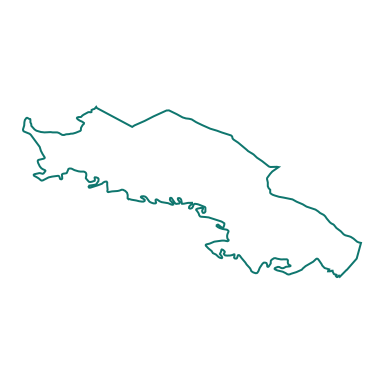 Cota, Cundinamarca, Colombia, rotated 90°
{"feature_id": "7082276B44065985457815", "entity_name": "Cota", "entity_type": "district", "adm_level": 2, "iso_a3": "COL", "parent_name": "Colombia", "parent_adm1": "Cundinamarca", "projection": "equal_earth", "projection_center": [-74.11, 4.786], "detail": "fine", "context": "isolated", "style": "outline", "palette": "teal", "viewbox_px": 384, "rotation_deg": 90, "n_neighbors": 0, "source": "geoboundaries", "source_scale": "gbopen_adm2", "svg_char_len": 6075}
<svg xmlns="http://www.w3.org/2000/svg" viewBox="0 0 384 384"><g transform="rotate(90 192 192)"><path d="M106.9,287.8L108.9,289.5L109.4,291.2L110.0,292.4L112.1,292.6L112.3,293.3L112.1,294.9L112.2,295.8L114.7,300.4L115.7,301.8L116.8,302.7L117.0,303.3L117.1,305.7L117.6,306.9L118.1,307.1L119.2,306.4L120.6,304.3L121.8,301.6L123.0,300.0L123.8,300.1L125.1,301.4L127.3,302.7L128.0,303.0L130.3,303.2L130.9,303.7L132.8,308.4L133.6,311.2L133.7,313.2L134.1,314.9L134.3,317.8L135.0,320.0L134.9,321.8L132.9,325.2L132.4,326.8L132.4,331.3L132.1,333.4L132.4,339.5L132.0,343.1L130.7,347.6L129.4,349.5L125.9,352.6L124.0,352.8L122.3,353.6L119.9,353.6L119.1,353.8L118.9,354.8L117.9,356.6L117.8,357.0L118.1,357.7L120.0,359.1L122.2,359.6L125.5,359.8L129.4,361.0L130.7,360.8L131.5,360.0L133.8,354.4L134.8,353.2L146.9,344.3L150.8,343.1L153.9,341.5L157.4,339.3L157.9,339.3L158.3,339.6L158.7,340.4L159.9,345.5L160.4,346.1L161.1,346.3L162.9,345.9L166.4,344.2L168.3,342.6L169.3,341.0L170.2,339.0L170.7,338.6L171.2,338.7L173.5,340.5L173.8,341.4L173.1,344.1L173.1,344.7L174.2,349.5L174.6,350.2L175.0,350.3L175.9,349.8L176.9,347.8L178.4,345.3L180.2,343.2L180.6,342.3L180.4,341.2L177.4,335.4L176.6,331.9L175.8,325.9L176.0,325.2L177.0,324.5L178.9,323.9L179.2,323.3L179.3,322.6L179.1,322.2L178.6,321.8L177.3,321.8L174.7,322.1L174.1,321.7L173.7,320.8L173.3,317.9L172.9,317.2L168.9,315.5L168.5,314.5L168.5,313.1L168.8,312.1L170.1,309.6L171.3,305.6L171.6,303.4L171.6,300.1L172.3,298.7L172.9,298.1L174.0,297.7L175.5,297.7L178.0,298.2L178.4,298.1L181.7,295.2L181.9,294.7L182.0,293.6L181.7,292.0L180.8,289.4L180.0,289.1L177.6,289.4L177.3,289.1L177.4,287.7L178.1,286.0L179.0,285.4L181.1,285.6L184.2,287.7L184.6,288.4L184.9,289.9L185.6,294.7L186.8,295.4L187.6,294.9L187.7,294.3L187.6,293.5L185.2,285.9L183.7,282.0L182.5,280.7L181.8,279.4L181.6,278.3L181.6,277.4L182.4,276.8L185.4,276.8L189.6,276.4L191.1,276.7L191.9,276.3L192.1,275.7L191.4,272.0L191.0,266.4L190.6,264.6L189.7,262.2L189.8,261.0L190.9,258.8L192.7,257.0L195.0,256.3L198.3,256.4L198.7,256.1L199.2,255.4L198.9,255.2L199.7,252.5L200.5,247.7L201.2,245.0L201.6,242.1L201.6,240.6L201.1,239.5L200.1,239.2L198.9,240.4L197.8,242.5L197.2,243.1L196.9,243.1L196.4,242.6L196.2,240.8L196.5,239.2L196.9,238.4L197.8,237.4L201.5,234.7L202.3,233.5L203.1,231.5L203.4,230.2L203.4,228.7L203.2,228.2L202.6,227.9L200.9,228.4L199.9,228.4L199.5,228.0L199.4,227.3L199.9,226.3L201.2,224.5L202.1,222.5L203.2,215.8L204.5,212.8L204.8,211.6L204.5,210.7L203.8,210.6L200.5,213.8L199.4,214.1L198.0,213.8L197.8,213.1L198.1,212.4L203.1,209.0L203.9,207.9L203.6,205.4L203.5,204.8L203.1,204.5L202.6,204.3L201.8,204.4L200.0,205.8L198.9,206.2L198.1,205.8L198.1,204.6L198.6,203.6L199.6,202.9L201.1,202.5L203.5,202.2L203.8,202.0L203.7,200.1L202.9,196.1L202.8,192.0L204.0,192.0L205.6,194.0L206.6,194.8L208.0,195.0L208.5,194.4L208.6,193.8L208.5,193.1L208.0,192.0L207.4,191.5L204.3,190.1L204.0,189.7L203.8,189.1L204.1,186.9L204.4,185.7L207.0,179.1L207.8,178.6L211.6,178.6L212.4,179.2L212.9,180.1L212.9,180.9L212.7,181.2L211.5,181.8L210.4,181.8L208.8,181.0L208.3,181.0L208.1,181.2L207.9,181.7L208.0,183.5L208.7,186.7L209.4,187.8L210.0,187.8L211.3,186.7L213.3,185.4L215.4,184.7L216.4,183.9L216.7,183.0L217.0,179.0L217.4,175.4L221.4,162.9L221.8,162.0L223.3,159.7L224.1,159.6L225.6,159.9L227.2,160.5L227.6,161.0L227.6,161.8L227.4,162.4L224.7,165.8L224.7,166.4L225.2,167.3L226.1,167.4L227.2,166.0L228.1,164.2L229.0,161.3L229.7,157.1L230.7,155.7L231.6,155.5L234.3,156.6L236.0,156.9L238.0,156.7L238.9,156.4L239.8,155.5L240.4,155.4L240.8,155.6L241.2,156.6L240.6,159.8L240.6,162.0L241.5,168.6L241.7,169.8L243.6,174.3L244.4,177.6L244.7,178.1L245.1,178.3L245.8,178.1L248.4,175.6L251.0,172.4L253.1,171.1L254.5,168.1L257.1,165.3L257.7,164.2L258.1,162.8L258.1,162.1L257.7,161.8L256.4,162.2L254.0,164.1L251.5,162.9L250.1,162.7L249.5,162.3L249.6,161.6L250.2,160.6L251.5,159.3L252.7,159.4L253.5,160.1L253.9,160.2L254.8,159.6L255.4,158.8L255.6,156.9L255.5,153.8L255.1,151.9L254.3,150.0L254.4,149.6L255.1,149.5L257.6,149.9L258.3,149.4L258.5,149.0L258.6,147.8L258.4,147.3L257.8,146.9L255.4,146.1L255.1,145.7L255.1,145.0L255.8,144.1L258.0,142.5L262.5,138.7L264.5,137.4L268.0,134.2L269.1,133.5L271.2,132.6L272.4,130.8L273.2,128.4L273.1,127.2L272.7,126.6L271.2,125.6L267.7,124.2L263.7,121.5L262.7,120.3L262.6,119.0L263.0,117.6L264.6,116.9L266.5,116.7L266.8,116.3L266.8,115.7L266.4,115.2L263.5,113.3L261.0,113.2L260.5,113.0L259.5,112.0L258.3,110.1L258.2,109.4L258.2,108.4L258.7,106.9L259.4,103.1L259.3,97.2L259.8,96.5L260.3,96.1L262.8,96.2L264.0,95.8L264.8,95.0L265.5,93.6L265.9,93.5L266.1,93.6L266.4,94.4L266.8,98.0L268.1,100.5L268.2,101.3L268.1,102.6L267.0,104.7L266.9,106.1L267.9,108.8L268.4,109.3L268.9,109.4L269.4,108.9L270.4,106.8L271.7,101.3L273.1,98.4L274.2,96.7L274.5,95.5L274.3,94.1L273.8,93.0L272.1,87.6L269.7,82.2L268.5,81.2L266.1,78.4L261.7,70.8L259.0,67.9L258.7,67.3L258.7,66.8L258.9,66.2L260.2,65.1L264.0,62.5L265.6,61.7L268.0,59.4L269.4,54.7L269.7,54.8L270.0,55.6L271.3,55.9L271.3,53.9L270.8,52.5L270.7,51.4L271.1,51.3L271.6,51.5L272.4,50.9L273.9,50.2L274.2,49.8L274.6,47.9L274.9,47.5L275.9,48.2L276.7,47.6L277.1,47.0L277.0,46.4L276.5,45.7L275.9,45.6L275.6,45.0L276.8,44.2L269.9,37.4L269.8,37.1L258.6,27.3L242.9,23.0L242.4,25.3L241.7,26.9L238.6,30.5L236.9,33.2L236.3,34.9L235.3,38.7L234.3,40.4L231.3,43.2L228.0,47.6L225.0,50.0L224.3,50.9L223.5,52.6L222.2,54.2L218.5,57.3L216.3,58.8L214.9,60.3L213.0,63.9L211.4,65.8L209.6,68.5L206.6,77.5L204.3,81.3L201.7,87.4L199.4,91.5L197.6,100.4L196.8,105.0L195.5,109.3L194.7,111.5L193.5,113.3L192.8,113.8L189.8,113.8L188.2,115.3L186.2,116.2L182.4,116.2L179.0,117.0L177.9,116.8L173.7,113.7L171.5,111.7L167.1,105.4L166.8,107.1L167.0,113.5L166.5,115.1L161.2,121.8L157.7,127.0L154.4,130.5L151.1,135.9L149.7,137.4L142.6,145.9L139.6,150.4L138.5,151.4L136.4,151.9L135.4,153.0L132.5,162.1L130.7,167.0L128.7,173.7L125.2,181.6L123.1,186.0L122.1,188.0L119.4,192.3L118.8,194.7L118.4,198.1L117.4,201.4L114.2,207.2L110.4,215.0L110.5,217.5L112.3,221.5L116.3,230.3L121.0,239.5L125.4,249.5L126.9,251.8L108.0,287.2L106.9,287.8Z" fill="none" stroke="#0f766e" stroke-width="2"/></g></svg>